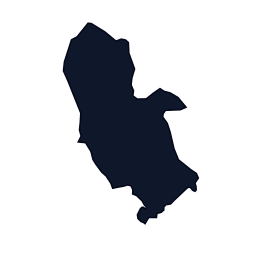 the district of Nyong-et-Mfoumou, Centre, Cameroon, rotated 294°
{"feature_id": "32672807B17257894448554", "entity_name": "Nyong-et-Mfoumou", "entity_type": "district", "adm_level": 2, "iso_a3": "CMR", "parent_name": "Cameroon", "parent_adm1": "Centre", "projection": "orthographic", "projection_center": [12.233, 3.83], "detail": "fine", "context": "isolated", "style": "filled", "palette": "ink", "viewbox_px": 256, "rotation_deg": 294, "n_neighbors": 0, "source": "geoboundaries", "source_scale": "gbopen_adm2", "svg_char_len": 1252}
<svg xmlns="http://www.w3.org/2000/svg" viewBox="0 0 256 256"><g transform="rotate(294 128 128)"><path d="M95.0,88.2L97.3,95.2L91.5,103.7L85.0,108.8L84.0,110.2L82.1,113.0L77.3,121.4L77.0,122.0L75.2,127.6L70.5,134.9L66.7,138.5L70.1,143.2L72.7,147.1L75.9,151.0L76.4,154.3L73.6,157.5L69.6,159.1L69.8,163.3L68.0,168.2L67.2,170.5L64.3,174.3L63.4,176.9L61.7,177.0L61.1,176.1L61.9,174.7L61.4,173.1L59.4,172.2L55.1,172.0L52.5,171.9L49.3,174.0L47.8,178.1L48.0,180.4L47.5,182.5L54.6,183.3L57.8,190.4L61.7,189.2L64.4,192.6L67.6,194.1L70.3,192.9L73.3,193.8L75.9,197.8L80.6,199.5L97.9,206.7L99.2,208.9L97.4,212.4L97.4,215.0L99.1,215.5L102.1,214.0L105.1,211.6L110.9,212.6L114.3,208.9L115.5,202.1L119.5,187.0L127.8,178.4L141.3,168.2L148.3,161.9L152.3,155.1L153.3,154.9L155.5,154.3L159.4,155.1L163.8,164.0L165.9,168.3L170.6,172.6L176.2,161.2L177.2,152.1L176.2,146.0L177.0,141.2L170.1,137.0L162.0,132.8L158.2,124.6L159.4,119.3L164.3,117.9L168.6,113.3L175.3,111.2L184.6,110.0L196.8,98.3L206.2,93.6L207.4,90.0L206.5,85.7L202.5,81.7L206.4,67.7L208.5,52.0L207.5,48.9L190.5,44.4L185.6,40.5L162.6,43.0L153.9,45.8L153.3,46.5L146.1,54.5L142.1,58.6L122.4,78.8L114.0,82.0L107.3,84.2L106.6,84.4L101.5,88.5L95.0,88.2Z" fill="#0f172a" stroke="#020617" stroke-width="1.5"/></g></svg>